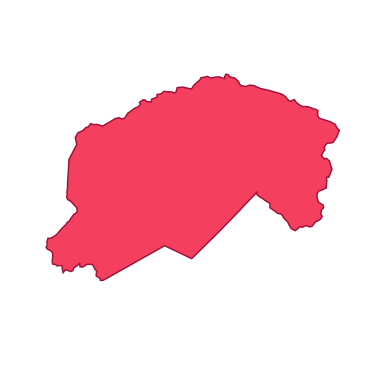 Aurora, Ceará, Brazil, rotated 24°
{"feature_id": "56859067B28878883208689", "entity_name": "Aurora", "entity_type": "district", "adm_level": 2, "iso_a3": "BRA", "parent_name": "Brazil", "parent_adm1": "Ceará", "projection": "equal_earth", "projection_center": [-38.966, -7.009], "detail": "fine", "context": "isolated", "style": "filled", "palette": "rose", "viewbox_px": 384, "rotation_deg": 24, "n_neighbors": 0, "source": "geoboundaries", "source_scale": "gbopen_adm2", "svg_char_len": 2814}
<svg xmlns="http://www.w3.org/2000/svg" viewBox="0 0 384 384"><g transform="rotate(24 192 192)"><path d="M251.3,68.0L247.8,65.9L245.0,69.2L241.7,68.6L238.9,67.0L234.7,66.1L230.5,66.5L220.4,68.0L216.5,68.8L212.6,69.6L205.2,69.6L201.1,71.0L198.7,73.3L197.0,74.1L193.9,74.7L191.7,74.3L189.7,72.2L187.0,71.2L184.5,70.5L181.2,71.2L179.2,71.4L177.7,70.1L175.2,70.5L174.9,72.9L175.8,75.2L169.9,75.8L167.2,77.2L165.1,78.6L163.1,80.2L158.9,80.2L155.6,82.8L153.8,83.7L153.6,86.4L151.7,90.4L150.2,93.9L149.6,98.2L140.7,100.0L136.0,102.7L136.7,107.0L135.3,108.9L133.5,108.7L131.0,109.5L127.9,110.7L125.6,111.4L123.4,115.4L120.4,117.0L121.4,119.7L119.6,121.6L117.4,123.6L118.1,126.3L114.4,127.7L111.7,127.1L109.8,127.7L107.5,131.5L109.3,132.8L108.0,136.3L105.8,138.4L104.2,141.2L102.8,143.8L101.2,146.2L100.5,151.9L97.9,153.9L95.1,153.8L91.8,156.4L87.8,162.3L85.0,166.0L83.6,168.2L80.0,168.5L77.4,169.0L75.1,170.4L71.5,170.8L70.9,174.3L68.6,176.7L67.5,180.0L65.9,181.9L63.8,184.1L63.2,189.6L66.2,193.8L67.4,195.6L66.6,208.7L66.4,212.3L69.5,220.5L74.8,234.6L76.5,238.7L77.7,242.6L79.0,245.2L79.7,247.7L81.5,249.5L85.0,249.8L87.6,250.9L90.2,252.1L92.8,253.0L94.5,255.2L95.2,257.6L93.2,260.4L92.1,265.2L91.8,268.1L90.4,270.5L89.8,273.7L88.0,278.0L86.8,282.0L85.6,286.1L84.0,288.6L82.8,290.5L81.2,292.1L79.2,292.8L79.8,296.9L81.4,299.2L81.2,301.8L83.2,303.1L85.7,303.0L88.0,303.4L90.1,305.3L91.5,309.0L92.7,312.9L94.4,314.6L96.5,313.7L99.0,314.4L100.5,313.1L103.6,312.4L105.1,315.6L107.1,318.1L107.9,314.6L111.1,314.1L113.5,314.0L115.1,312.4L114.9,309.1L116.2,307.5L117.3,305.4L118.5,303.0L120.1,305.9L122.7,305.1L124.3,302.5L125.7,300.6L127.8,299.8L130.6,298.7L132.7,300.3L134.8,302.1L137.3,303.0L137.8,305.7L138.7,307.7L140.6,307.9L142.6,308.1L144.2,310.0L146.7,308.9L186.7,255.1L188.8,252.2L218.8,253.0L225.3,236.5L232.1,219.1L234.2,213.5L242.5,190.8L246.2,180.2L251.3,166.0L252.6,168.1L255.4,168.8L259.6,169.3L262.5,170.1L266.4,170.4L268.2,171.3L269.6,174.7L275.1,175.7L277.8,176.4L279.5,176.7L281.8,175.8L284.1,176.6L286.9,178.7L289.9,179.8L291.8,180.6L294.6,183.0L297.4,185.0L299.5,185.3L302.1,185.3L303.7,182.1L304.9,179.7L307.3,179.3L309.7,176.3L313.5,176.0L315.5,174.8L317.1,168.7L318.6,167.4L320.5,164.4L320.8,161.2L318.9,160.1L318.0,157.8L317.7,155.3L318.6,152.8L316.9,150.5L312.3,150.1L310.5,148.6L307.9,145.2L307.0,142.1L307.5,139.4L309.7,137.6L311.4,135.5L313.0,133.7L311.8,130.4L310.7,127.1L308.9,123.8L311.0,122.8L310.6,114.3L306.8,110.0L305.3,108.0L301.1,106.6L299.4,107.9L295.3,106.1L295.6,102.6L296.1,99.2L294.6,97.7L294.9,94.7L295.8,92.3L299.1,90.7L300.7,89.2L301.9,82.6L301.6,78.2L301.5,75.7L299.0,74.8L295.0,71.9L289.2,71.6L279.8,72.7L277.7,72.7L275.5,70.8L273.9,66.5L271.8,66.2L267.7,66.7L264.6,66.7L261.4,67.5L258.7,68.8L256.6,69.0L251.3,68.0Z" fill="#f43f5e" stroke="#9f1239" stroke-width="1.5"/></g></svg>